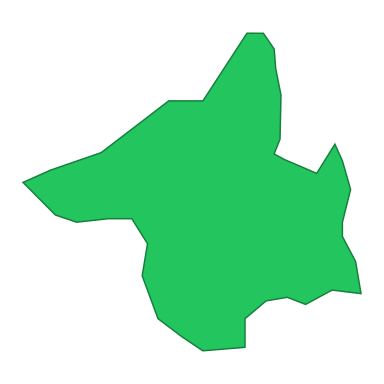 map outline of Mališevo (orthographic projection)
{"feature_id": "KOS-5911", "entity_name": "Mališevo", "entity_type": "District", "adm_level": 1, "iso_a3": "XKX", "parent_name": "Kosovo", "parent_adm1": "", "projection": "orthographic", "projection_center": [20.745, 42.495], "detail": "fine", "context": "isolated", "style": "filled", "palette": "green", "viewbox_px": 384, "rotation_deg": 0, "n_neighbors": 0, "source": "natural_earth", "source_scale": "10m", "svg_char_len": 566}
<svg xmlns="http://www.w3.org/2000/svg" viewBox="0 0 384 384"><path d="M247.0,33.2L263.4,33.3L274.2,49.1L275.7,68.7L281.0,95.1L280.0,139.2L274.1,154.0L284.6,159.6L316.7,173.4L334.9,144.2L342.4,160.8L350.6,189.5L342.4,222.3L342.4,236.5L355.6,261.5L361.0,293.6L332.0,290.1L305.6,304.4L287.2,297.3L266.1,300.9L245.0,318.7L245.0,347.3L202.8,350.8L181.7,336.6L158.0,318.7L142.2,275.8L147.5,243.7L131.8,218.7L108.1,218.7L76.5,222.2L55.4,215.0L23.0,182.4L50.6,170.1L101.2,152.6L168.7,100.9L202.9,100.9L247.0,33.2Z" fill="#22c55e" stroke="#15803d" stroke-width="1.5"/></svg>